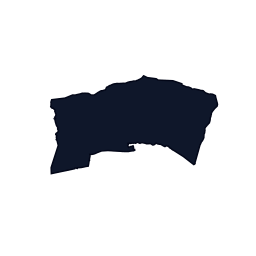 the district of Santa Ana Tlapacoyan, Oaxaca, Mexico, rotated 141°
{"feature_id": "50627088B51283651622115", "entity_name": "Santa Ana Tlapacoyan", "entity_type": "district", "adm_level": 2, "iso_a3": "MEX", "parent_name": "Mexico", "parent_adm1": "Oaxaca", "projection": "orthographic", "projection_center": [-96.856, 16.745], "detail": "fine", "context": "isolated", "style": "filled", "palette": "ink", "viewbox_px": 256, "rotation_deg": 141, "n_neighbors": 0, "source": "geoboundaries", "source_scale": "gbopen_adm2", "svg_char_len": 4325}
<svg xmlns="http://www.w3.org/2000/svg" viewBox="0 0 256 256"><g transform="rotate(141 128 128)"><path d="M179.4,181.4L179.2,180.9L179.4,180.7L179.7,180.1L180.0,179.6L180.1,179.2L180.6,178.5L180.8,177.9L181.2,176.9L181.7,175.8L181.9,175.2L182.1,174.3L182.2,173.5L182.2,172.8L182.4,172.3L182.8,171.9L183.3,171.6L183.4,171.1L183.6,170.7L183.7,170.0L184.0,169.5L184.3,169.3L184.9,169.1L185.4,169.0L186.0,168.9L186.7,169.0L187.2,169.0L187.7,168.9L188.1,168.6L188.3,168.3L188.3,167.9L188.1,167.6L188.1,167.1L188.3,166.7L188.8,166.5L189.2,166.2L189.6,165.8L189.7,165.2L190.1,164.7L190.7,164.4L191.1,164.1L191.0,163.6L191.0,162.9L193.2,158.3L212.3,145.8L212.7,145.5L216.3,140.8L195.8,130.3L195.4,130.1L195.0,129.9L194.4,130.3L193.7,129.8L192.9,128.5L192.5,128.6L192.2,128.9L191.7,128.5L189.3,126.8L188.9,126.6L187.2,125.7L185.8,125.0L185.3,124.8L182.9,123.4L181.1,124.9L180.3,125.7L178.9,126.9L178.6,127.2L178.3,127.1L178.0,127.6L176.8,128.8L176.0,129.4L175.1,130.2L174.3,131.6L173.7,131.0L172.9,130.4L171.3,129.5L170.1,129.0L168.3,128.5L168.1,128.5L163.8,127.1L163.7,127.1L162.8,126.7L158.0,123.3L157.4,122.8L156.1,121.6L155.7,121.3L153.5,119.2L148.2,114.4L147.0,113.2L143.9,110.6L142.5,109.5L142.4,109.4L142.0,109.2L141.3,108.9L139.5,107.8L139.4,107.8L138.8,107.4L138.4,107.0L137.6,106.7L136.7,106.5L136.3,107.3L137.2,108.4L136.9,108.6L136.7,108.9L136.4,109.2L136.3,109.3L136.2,109.3L135.8,109.5L135.7,109.7L135.6,110.1L135.3,111.0L135.8,111.1L136.4,111.3L136.9,111.5L137.5,111.9L137.7,112.0L138.1,112.0L138.4,112.1L138.7,112.3L139.1,112.4L139.8,112.6L139.2,114.6L138.4,114.9L138.1,115.0L137.9,115.2L137.8,115.4L137.7,116.1L137.2,115.8L136.9,115.6L136.4,115.3L136.3,115.2L136.2,114.7L133.9,113.4L133.7,113.1L133.4,112.8L133.0,112.6L132.6,112.5L132.5,112.4L132.1,111.8L132.0,111.7L131.8,111.4L129.8,111.0L129.1,110.3L129.0,109.7L128.7,109.1L128.3,108.6L128.1,108.7L126.2,107.7L123.9,104.9L123.9,104.7L123.6,104.2L123.3,103.9L122.5,103.3L121.7,102.7L120.9,102.3L120.9,102.1L120.1,101.4L119.7,99.9L119.6,99.7L119.5,99.3L119.0,98.9L118.3,98.6L117.0,98.5L116.0,98.7L115.6,98.5L115.1,97.2L113.9,95.7L112.7,94.6L112.7,94.4L111.6,91.5L111.0,90.3L110.5,90.2L109.4,90.4L109.2,90.0L109.1,89.8L109.1,89.7L109.0,89.4L108.9,89.2L108.7,89.1L108.1,88.7L107.9,88.5L108.1,87.6L108.1,87.3L108.1,87.0L108.1,86.6L108.0,86.3L107.9,86.2L107.8,85.7L107.4,84.9L107.4,84.3L107.1,83.1L107.0,82.7L106.7,82.3L102.9,71.0L99.9,58.2L98.9,58.0L98.1,58.3L98.0,58.7L82.8,69.5L81.6,70.0L80.4,70.7L79.7,71.0L78.2,71.3L76.0,72.3L75.0,72.9L74.3,73.8L73.1,75.1L72.9,75.4L71.9,75.8L71.4,76.1L70.9,76.7L69.8,77.6L69.2,78.5L68.5,79.4L66.5,80.1L65.7,80.1L64.4,80.5L63.9,80.4L62.9,80.7L61.5,80.8L60.8,81.4L59.9,81.9L59.4,82.4L59.2,82.5L58.1,83.7L57.7,84.1L56.4,84.8L55.6,85.6L54.8,86.0L54.2,86.8L52.4,87.7L48.5,88.6L45.0,88.9L43.7,89.9L43.0,91.1L40.7,96.3L39.7,98.2L40.5,100.0L41.1,101.1L42.7,102.7L43.5,103.0L44.4,104.4L45.7,106.7L46.1,109.6L46.6,110.3L47.0,110.6L48.0,111.6L48.8,112.9L52.0,116.8L53.7,117.6L53.7,118.0L53.9,119.3L54.5,120.5L55.3,121.9L56.6,123.0L59.0,127.4L58.3,128.5L63.4,136.5L74.4,146.2L75.1,148.5L76.4,149.9L81.3,155.0L83.0,158.7L83.8,158.6L84.6,158.4L85.3,158.2L86.3,158.2L87.2,158.3L88.3,158.5L89.3,158.8L90.5,159.0L91.3,159.4L92.2,159.5L93.1,160.1L94.0,160.9L94.9,161.3L96.1,161.9L97.0,162.5L98.2,163.1L99.3,163.6L101.5,164.2L102.6,164.9L103.6,165.8L104.7,166.5L105.6,167.2L106.5,167.8L107.5,168.6L108.6,169.6L110.1,170.4L111.0,171.0L112.2,171.5L113.8,171.9L115.1,172.2L115.5,172.5L116.8,172.7L117.8,172.7L118.8,173.1L119.1,173.1L120.1,172.5L121.0,172.1L121.9,172.0L123.5,172.7L124.5,173.1L124.8,173.3L125.4,173.8L126.7,174.1L127.8,174.2L128.4,174.4L129.8,174.5L130.9,174.6L131.9,174.7L132.9,174.8L133.9,175.1L135.9,176.8L136.2,177.7L136.5,178.5L136.7,179.1L137.0,179.8L137.6,180.4L138.4,181.1L139.2,181.8L140.0,182.5L140.6,182.8L141.1,183.4L142.1,184.0L143.0,184.3L144.3,184.8L144.5,185.0L145.6,185.5L146.5,186.0L147.9,186.6L148.7,187.1L150.3,188.5L158.2,190.9L169.5,198.0L171.6,196.6L171.9,196.2L172.1,195.7L172.4,195.3L172.8,195.0L173.2,194.4L173.8,193.8L174.5,193.4L174.7,192.6L174.5,191.7L174.5,191.1L173.7,190.6L173.6,188.8L173.4,188.0L174.5,186.8L174.6,186.0L175.0,185.4L175.0,184.8L175.3,184.1L176.0,183.3L176.7,182.9L177.2,182.7L177.7,182.5L178.2,182.5L178.3,181.1L179.4,181.4Z" fill="#0f172a" stroke="#020617" stroke-width="1.5"/></g></svg>